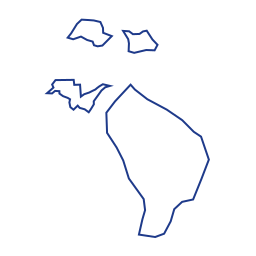 outline of Mokpo-si, South Jeolla, South Korea, rotated 88°
{"feature_id": "91817680B26607970527366", "entity_name": "Mokpo-si", "entity_type": "district", "adm_level": 2, "iso_a3": "KOR", "parent_name": "South Korea", "parent_adm1": "South Jeolla", "projection": "mercator", "projection_center": [126.362, 34.795], "detail": "fine", "context": "isolated", "style": "outline", "palette": "blue", "viewbox_px": 256, "rotation_deg": 88, "n_neighbors": 0, "source": "geoboundaries", "source_scale": "gbopen_adm2", "svg_char_len": 1265}
<svg xmlns="http://www.w3.org/2000/svg" viewBox="0 0 256 256"><g transform="rotate(88 128 128)"><path d="M162.4,48.3L139.2,55.3L134.1,62.4L122.1,73.5L111.0,88.6L99.9,107.7L89.8,119.8L84.8,123.9L92.8,131.9L100.9,140.0L112.0,149.1L132.1,149.1L147.2,140.0L160.3,133.9L178.5,128.9L199.6,114.8L210.7,113.8L219.8,116.8L234.9,120.8L237.9,104.7L234.9,95.6L222.8,88.6L210.7,84.6L203.7,76.5L201.7,65.4L181.5,56.4L162.4,48.3ZM96.6,158.6L89.6,153.2L86.5,149.3L85.3,144.6L83.4,151.6L85.3,155.1L86.9,157.4L88.4,159.3L89.6,162.1L91.2,165.5L92.7,170.6L95.0,174.0L83.0,174.4L83.0,180.2L78.0,180.6L77.6,198.8L81.9,202.3L85.0,201.1L90.4,207.7L90.8,202.7L88.4,199.6L88.8,195.3L91.2,195.3L93.9,191.8L95.8,187.2L97.3,184.9L100.4,185.7L105.1,184.9L107.8,181.8L103.9,177.5L106.2,175.6L107.8,170.6L110.9,166.7L107.8,164.4L103.1,161.3L100.1,161.3L96.6,158.6ZM37.4,179.7L35.0,171.8L38.6,165.8L40.4,160.3L44.1,159.1L45.3,155.5L44.7,150.7L35.6,141.0L32.0,149.5L27.1,149.5L21.1,151.9L19.3,158.5L18.7,164.0L18.1,170.6L22.3,175.4L31.4,181.5L35.6,185.1L37.4,179.7ZM53.1,119.2L50.7,107.1L51.3,98.7L45.9,95.6L40.4,100.5L34.4,104.1L31.4,105.9L32.0,109.6L34.4,113.2L34.4,119.8L31.4,123.5L30.8,129.5L39.2,124.7L43.5,124.1L51.3,124.7L53.1,119.2Z" fill="none" stroke="#1e3a8a" stroke-width="2"/></g></svg>